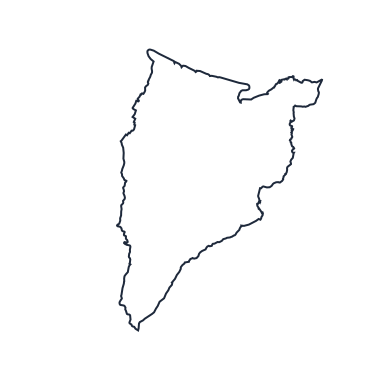 the district of Sidoarjo, Jawa Timur, Indonesia, rotated 289°
{"feature_id": "22746128B7257810863239", "entity_name": "Sidoarjo", "entity_type": "district", "adm_level": 2, "iso_a3": "IDN", "parent_name": "Indonesia", "parent_adm1": "Jawa Timur", "projection": "mercator", "projection_center": [112.712, -7.455], "detail": "fine", "context": "isolated", "style": "outline", "palette": "slate", "viewbox_px": 384, "rotation_deg": 289, "n_neighbors": 0, "source": "geoboundaries", "source_scale": "gbopen_adm2", "svg_char_len": 6115}
<svg xmlns="http://www.w3.org/2000/svg" viewBox="0 0 384 384"><g transform="rotate(289 192 192)"><path d="M70.6,158.8L68.6,160.3L68.1,160.3L66.1,159.7L64.3,159.4L63.4,159.6L62.3,160.3L61.9,161.0L62.4,163.9L62.4,165.1L61.1,166.7L59.3,167.1L58.2,168.2L55.6,170.1L55.4,170.9L55.7,172.7L55.3,173.6L51.4,175.4L48.3,175.3L47.5,175.8L47.0,177.9L45.9,178.7L45.6,179.5L45.7,181.3L44.3,183.1L43.6,186.1L45.8,185.9L50.4,184.7L52.0,185.0L54.7,187.5L56.8,188.6L63.8,194.0L65.9,195.3L70.0,195.9L73.0,196.7L77.7,197.1L82.4,200.2L87.5,200.5L91.4,201.6L94.3,201.8L97.6,203.2L100.2,202.9L100.2,202.6L104.3,204.2L108.6,204.7L112.3,206.0L115.7,206.4L116.7,206.0L117.6,206.0L119.9,206.8L121.9,208.1L123.0,208.1L125.0,211.8L126.3,211.7L127.1,212.1L128.2,212.3L129.0,213.5L129.7,213.9L129.7,215.7L131.0,217.8L133.5,218.9L135.8,218.8L137.6,219.4L139.6,220.8L142.1,223.5L144.2,223.8L145.5,224.3L146.6,225.4L146.5,226.5L147.5,228.2L149.1,228.3L149.8,228.6L150.5,230.1L153.0,232.4L153.4,234.0L153.6,234.3L155.5,236.1L157.6,236.9L159.1,239.1L160.1,240.0L161.4,242.7L162.5,243.9L162.9,244.5L164.4,245.6L165.0,246.5L165.9,247.0L168.1,247.4L171.7,249.1L173.1,249.0L175.0,249.4L175.7,250.0L176.3,249.6L176.9,252.2L179.7,256.4L185.6,262.0L188.2,263.8L188.1,265.7L189.4,266.0L190.8,265.8L192.9,266.3L194.9,266.0L195.6,265.4L194.9,264.9L196.0,263.8L198.1,261.0L197.7,260.8L197.8,260.5L199.0,259.8L200.1,258.4L201.3,257.7L202.0,257.5L202.3,258.2L204.1,258.4L203.9,259.4L204.4,259.2L204.6,259.6L205.1,259.3L205.8,259.5L206.0,258.4L207.3,257.8L209.0,256.3L209.8,255.8L217.8,255.1L218.0,256.1L220.0,257.0L220.5,257.7L220.7,261.3L221.8,263.9L223.7,265.3L225.9,265.9L226.9,266.5L228.6,268.4L229.4,270.3L229.3,270.6L229.5,271.1L229.5,272.0L231.8,273.6L233.6,274.1L234.1,273.7L235.4,273.8L236.6,273.5L239.1,274.7L239.3,274.8L239.5,274.4L240.3,274.9L241.3,275.1L243.8,274.8L245.2,274.2L246.3,274.0L247.3,274.4L250.5,276.5L251.2,276.3L252.9,275.1L254.9,275.3L257.1,276.2L261.7,275.5L262.3,275.6L262.0,274.8L262.2,274.1L262.9,273.4L263.5,273.1L265.3,273.5L265.7,273.8L265.7,274.1L267.3,274.6L266.8,274.1L267.6,273.0L267.7,272.2L268.0,271.6L269.5,270.4L270.9,269.8L271.0,269.2L272.1,268.7L272.7,267.7L273.4,267.7L274.9,268.7L275.7,268.5L276.5,268.9L276.9,268.8L278.8,267.3L279.7,267.4L280.5,266.6L280.9,267.0L281.4,267.0L282.2,266.3L283.0,266.1L283.2,267.1L284.4,267.2L284.8,265.1L285.4,265.0L286.3,265.4L286.8,265.2L286.9,263.2L287.3,262.6L287.9,262.3L288.8,262.2L290.3,262.6L291.1,261.9L291.5,261.9L291.7,262.0L291.0,263.5L292.1,264.3L292.4,264.8L293.1,265.1L294.9,265.0L296.6,263.7L299.8,262.3L300.4,262.3L302.3,261.2L305.7,260.4L306.4,261.1L307.3,261.4L307.1,262.8L308.5,267.4L308.7,269.0L309.4,270.3L309.5,271.6L311.4,274.0L312.5,274.6L313.0,275.2L314.6,278.3L315.8,279.1L316.6,279.5L320.1,279.4L321.7,279.6L322.7,280.0L326.1,279.9L327.6,279.5L328.4,278.6L330.2,277.6L331.0,277.4L339.6,278.5L340.4,278.4L340.4,278.0L336.2,274.2L336.0,272.0L334.7,269.7L335.5,267.3L335.4,265.2L334.8,261.9L332.9,260.6L331.6,260.7L331.1,260.4L330.9,259.7L331.5,255.9L332.1,255.0L331.5,254.2L331.9,253.6L332.0,252.5L331.9,252.1L331.4,251.9L332.6,250.9L334.0,250.6L334.4,250.3L334.4,249.7L333.2,249.0L332.4,246.7L331.9,246.0L331.0,246.3L330.6,246.2L330.3,245.0L329.4,245.0L329.8,244.0L329.4,243.4L328.5,243.0L328.5,242.3L327.3,240.3L326.6,240.2L325.5,240.6L323.7,239.4L323.7,239.1L325.3,239.1L326.2,238.8L326.4,238.5L326.1,238.2L323.7,237.9L321.8,237.0L321.2,236.2L319.2,236.0L318.6,235.6L317.6,235.7L317.3,235.1L314.9,233.6L312.8,231.7L311.1,230.9L310.3,230.7L309.8,231.0L309.5,231.8L309.2,231.7L307.9,228.4L305.0,224.1L301.2,219.7L298.7,217.8L296.4,210.1L295.3,208.8L294.7,208.6L293.6,208.6L292.4,209.0L292.4,208.3L295.6,205.0L297.2,204.6L298.1,204.9L300.9,204.7L303.6,205.6L304.6,206.6L305.8,210.0L307.1,211.8L308.0,212.4L309.1,212.4L310.7,211.7L311.3,211.1L311.8,209.3L310.5,200.8L309.6,181.6L309.4,180.1L308.8,179.3L308.9,177.6L308.3,172.9L307.5,171.2L307.8,171.0L308.5,169.4L308.6,168.4L308.4,167.1L309.0,160.3L308.2,157.0L307.6,157.1L306.6,156.4L307.4,155.1L307.6,154.0L308.3,148.4L309.0,144.9L308.6,142.7L308.4,142.3L306.6,141.5L307.7,140.7L309.0,138.0L309.4,134.3L309.2,133.7L308.1,133.5L308.6,133.0L309.6,133.0L309.9,131.8L312.0,115.6L313.2,109.8L313.1,106.4L312.8,105.3L312.2,104.6L311.6,104.3L310.7,104.0L309.7,104.3L308.7,104.8L306.2,106.8L304.3,109.6L302.9,113.2L297.1,113.2L295.4,113.7L293.3,114.9L291.8,115.3L289.2,114.9L287.4,115.0L284.1,114.5L283.1,114.7L282.4,114.3L281.2,114.6L280.4,115.4L278.9,115.3L277.1,114.1L275.6,113.6L272.6,114.7L271.1,114.6L269.0,114.1L269.0,112.7L267.6,112.3L267.6,111.6L265.1,111.4L262.5,110.3L262.0,110.4L261.2,111.9L260.5,112.0L260.2,111.8L260.0,109.6L257.2,109.7L252.2,108.5L251.8,108.7L251.3,109.8L250.9,112.4L246.9,112.5L243.6,111.4L242.8,114.5L239.2,114.2L238.9,115.2L236.9,115.5L236.7,116.5L232.5,116.8L231.2,116.4L230.5,115.7L230.3,114.9L227.3,114.0L227.4,112.9L224.5,112.1L224.8,110.8L217.6,108.6L216.8,108.1L215.4,109.5L213.9,110.3L211.5,112.5L206.7,114.7L201.2,116.3L198.4,118.2L197.1,118.6L194.9,118.8L191.0,118.6L189.5,118.8L187.3,118.8L186.1,120.0L184.4,120.7L182.6,123.2L181.6,123.9L181.2,124.7L181.4,125.3L181.1,126.4L180.3,126.3L179.0,125.7L175.9,126.3L174.3,125.6L173.5,125.5L171.7,126.9L170.5,127.5L168.7,127.5L168.2,127.8L166.3,129.5L164.8,130.4L163.6,130.6L161.1,129.7L159.8,130.4L158.8,130.5L156.4,129.4L155.4,129.7L152.9,131.0L150.5,131.4L146.7,132.6L143.8,132.6L141.5,133.5L138.4,133.5L137.4,132.9L137.0,132.3L136.0,132.0L135.7,132.2L135.4,132.8L135.7,135.1L135.5,135.9L134.7,137.1L132.9,138.2L132.5,138.8L132.4,139.8L132.5,140.9L132.2,141.4L130.3,141.3L129.3,141.6L128.9,142.0L128.8,143.5L128.6,144.0L126.8,144.5L126.1,145.0L125.4,146.4L124.0,147.4L123.5,147.4L123.0,147.1L122.7,144.6L122.2,144.3L121.6,144.4L121.0,145.9L121.1,146.7L120.8,147.2L121.2,150.5L120.9,151.1L120.1,151.6L117.0,152.1L115.7,152.7L114.8,152.9L113.2,152.7L110.4,153.3L109.7,153.8L109.1,154.9L108.1,155.6L104.9,156.3L103.8,156.2L103.5,157.3L102.3,156.8L100.5,156.6L95.3,157.4L92.5,156.2L90.4,155.6L88.1,156.0L85.5,157.0L85.3,156.9L83.1,157.4L78.5,157.6L71.8,158.8L70.6,158.8Z" fill="none" stroke="#1e293b" stroke-width="2"/></g></svg>